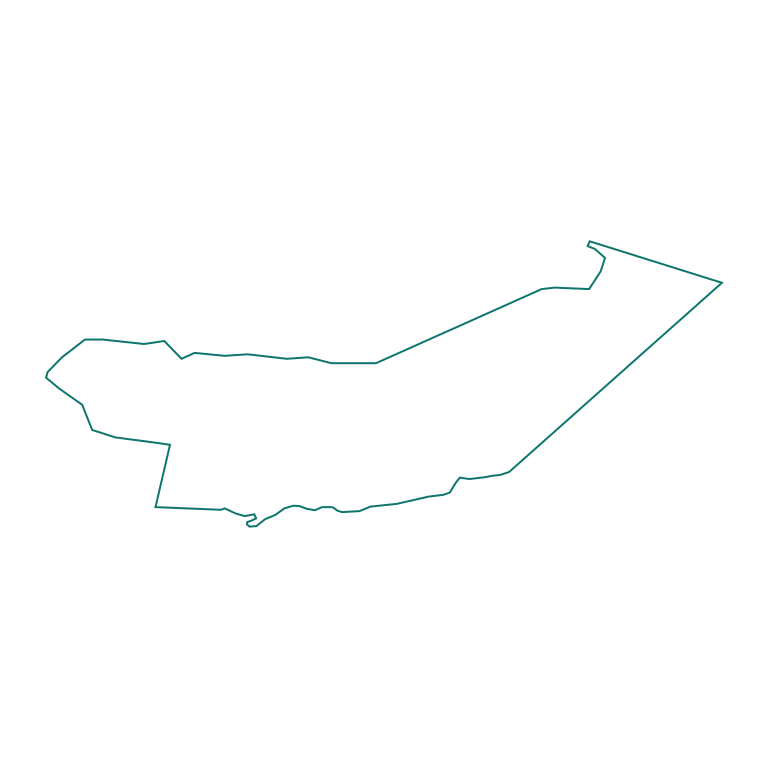 La Haut, Soufrière, Saint Lucia
{"feature_id": "8701671B5410324269547", "entity_name": "La Haut", "entity_type": "district", "adm_level": 2, "iso_a3": "LCA", "parent_name": "Saint Lucia", "parent_adm1": "Soufrière", "projection": "albers", "projection_center": [-61.057, 13.863], "detail": "fine", "context": "isolated", "style": "outline", "palette": "teal", "viewbox_px": 768, "rotation_deg": 0, "n_neighbors": 0, "source": "geoboundaries", "source_scale": "gbopen_adm2", "svg_char_len": 984}
<svg xmlns="http://www.w3.org/2000/svg" viewBox="0 0 768 768"><path d="M589.7,241.4L587.7,246.1L594.9,249.0L605.0,257.9L600.7,271.3L589.1,289.1L554.6,287.6L541.6,289.1L376.0,363.2L331.3,363.2L308.3,357.3L286.7,358.8L247.8,354.3L224.7,355.8L194.5,352.9L181.5,358.8L164.3,341.0L144.1,344.0L102.3,339.5L85.0,339.5L62.0,357.3L47.6,372.1L46.1,377.7L59.1,388.5L82.2,404.8L92.2,430.0L115.3,437.4L159.9,443.3L170.0,444.8L155.5,507.1L220.9,509.8L224.8,508.4L235.4,513.4L244.7,516.1L254.3,514.3L256.1,518.4L250.4,521.1L247.3,522.0L246.9,524.3L249.5,526.6L256.5,526.1L264.9,519.3L275.5,514.8L284.3,508.4L293.5,505.7L299.7,506.2L307.1,508.9L315.1,510.2L322.1,507.1L326.8,507.1L330.5,507.1L333.1,507.5L337.5,510.7L341.9,512.1L359.5,511.1L370.5,506.6L396.5,503.9L428.6,496.6L443.5,494.8L449.7,492.6L455.9,482.6L459.8,477.6L465.5,478.5L469.9,479.0L484.9,477.2L492.4,475.8L500.3,474.9L505.7,473.1L509.1,472.0L721.9,282.8L590.6,241.6L589.7,241.4Z" fill="none" stroke="#0f766e" stroke-width="2"/></svg>